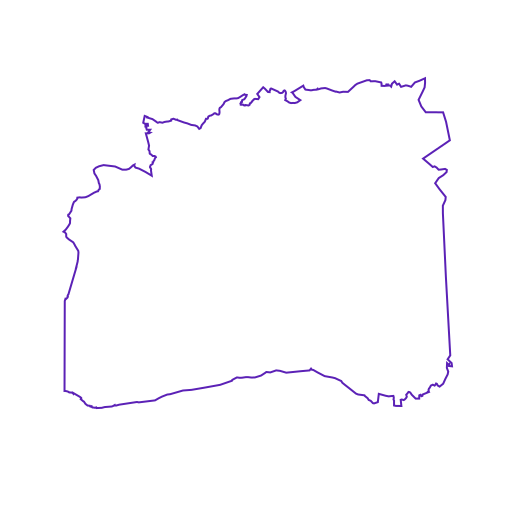 Copándaro, Michoacán, Mexico, rotated 173°
{"feature_id": "50627088B77447003325256", "entity_name": "Copándaro", "entity_type": "district", "adm_level": 2, "iso_a3": "MEX", "parent_name": "Mexico", "parent_adm1": "Michoacán", "projection": "orthographic", "projection_center": [-101.212, 19.917], "detail": "fine", "context": "isolated", "style": "outline", "palette": "violet", "viewbox_px": 512, "rotation_deg": 173, "n_neighbors": 0, "source": "geoboundaries", "source_scale": "gbopen_adm2", "svg_char_len": 6064}
<svg xmlns="http://www.w3.org/2000/svg" viewBox="0 0 512 512"><g transform="rotate(173 256 256)"><path d="M153.1,408.1L156.6,409.5L157.0,409.4L160.3,411.0L165.4,413.7L167.0,414.3L170.9,414.4L173.6,413.9L174.8,413.8L174.8,414.3L175.7,413.7L178.7,413.9L180.5,413.7L181.6,413.8L183.7,414.4L186.2,415.0L186.7,415.2L188.0,417.8L188.3,419.3L198.2,414.8L200.4,414.0L199.8,413.5L197.5,409.1L193.0,405.3L196.3,403.5L198.2,403.2L199.0,403.1L200.5,403.4L202.6,403.5L204.4,404.3L205.9,405.7L208.0,407.2L207.2,408.6L207.5,409.9L207.3,411.4L206.4,414.0L206.6,415.6L207.1,416.6L207.6,416.9L208.4,416.6L209.2,415.4L210.0,414.8L210.9,414.7L211.5,414.7L212.2,414.8L213.0,415.2L214.2,416.6L220.5,420.4L220.8,420.4L221.2,420.2L221.6,419.7L221.7,418.8L222.3,418.3L222.4,417.8L222.5,417.0L224.1,417.3L226.8,421.0L228.3,422.6L235.0,416.7L233.2,413.3L234.7,411.4L237.9,412.1L238.8,411.9L239.3,411.3L240.1,410.9L240.3,410.6L241.1,410.0L241.1,409.7L241.5,409.5L242.7,408.3L243.5,408.2L243.9,406.9L245.0,406.3L248.3,407.2L248.7,406.7L249.8,407.1L250.1,407.3L250.4,407.8L251.1,408.0L251.8,407.9L252.5,407.9L252.7,408.0L252.6,408.6L252.9,409.1L252.4,409.9L251.9,410.1L251.9,410.6L251.1,410.7L251.0,411.7L250.7,412.4L248.6,413.0L247.7,413.8L246.0,415.9L245.6,417.0L247.4,417.4L247.7,417.9L249.3,417.3L252.8,415.6L254.5,414.9L255.9,414.8L258.9,415.1L262.2,415.1L264.7,414.1L267.0,413.5L267.6,413.2L268.5,412.6L269.7,410.7L271.1,409.4L272.6,408.0L273.8,407.5L274.1,407.1L274.4,406.4L274.6,405.4L274.6,404.2L274.7,403.0L274.9,402.2L275.2,401.4L275.6,401.0L276.3,400.9L277.8,401.5L278.0,401.6L278.1,402.0L278.7,402.5L279.3,402.7L280.0,402.7L281.0,402.0L283.5,400.9L284.6,400.9L286.2,400.3L286.4,400.1L286.9,398.7L287.4,398.1L287.7,398.1L288.9,398.3L290.3,395.8L290.8,395.2L292.2,394.1L293.9,392.5L295.4,389.7L296.9,389.1L298.4,391.7L300.5,393.0L304.3,394.0L308.0,396.0L311.2,397.3L317.3,400.4L317.6,401.0L318.7,400.9L321.2,402.3L323.5,401.9L323.6,401.6L323.7,400.7L326.5,400.2L328.2,400.3L330.5,400.2L332.6,399.7L335.4,400.6L337.2,400.2L338.3,401.0L338.9,401.7L342.1,404.5L347.1,406.7L346.8,407.2L349.4,408.6L351.7,402.0L350.2,400.8L347.3,400.4L347.3,398.5L349.8,399.0L350.0,397.8L349.0,397.3L349.3,396.3L349.0,394.6L345.7,394.2L347.7,392.1L347.1,391.6L346.1,391.3L347.2,390.8L350.4,391.2L349.1,382.1L348.7,378.6L349.8,374.8L348.9,373.1L349.0,370.6L348.8,370.3L347.7,369.5L346.3,367.8L344.5,367.6L343.5,366.9L343.3,366.2L344.0,365.8L344.5,365.1L345.2,363.6L346.2,362.6L346.6,361.7L347.2,361.6L347.1,360.8L347.5,359.9L349.5,359.0L350.4,357.3L350.3,356.6L349.7,355.8L349.5,354.9L349.8,353.9L349.8,353.0L349.7,348.4L353.4,351.3L355.6,353.0L361.5,357.0L364.8,358.4L365.7,359.9L365.7,360.9L365.5,361.5L367.1,360.9L369.4,359.2L371.5,357.9L374.5,357.5L378.2,358.0L384.9,362.0L396.2,364.8L400.8,364.2L404.2,363.1L406.6,361.2L406.3,357.6L405.0,355.1L403.3,350.5L403.1,347.5L402.6,346.2L402.5,344.1L402.9,341.6L404.0,341.0L404.9,339.5L406.5,339.4L407.4,339.0L408.7,338.7L415.1,335.9L417.7,335.2L418.6,335.1L422.4,335.3L423.7,335.7L426.2,335.7L426.4,334.7L427.3,333.6L428.6,332.6L429.9,332.0L430.3,331.5L431.6,329.2L433.3,325.1L433.7,323.4L436.5,320.1L437.3,319.9L437.6,318.7L435.7,316.0L436.3,313.4L436.6,311.3L437.3,310.2L439.1,308.0L441.6,305.4L444.1,303.6L442.6,302.6L441.7,300.9L442.0,298.7L441.8,297.7L439.7,295.3L435.7,291.8L434.5,289.0L434.4,288.5L431.8,282.8L431.8,281.0L433.2,274.0L433.5,273.3L433.7,272.2L436.0,266.3L435.8,266.3L446.9,240.7L447.3,240.4L448.0,239.1L447.7,238.5L448.3,237.6L449.8,236.5L450.3,236.8L451.3,234.6L462.5,145.4L462.1,145.4L460.0,144.7L458.6,144.0L458.4,143.6L457.5,143.2L456.9,143.2L456.2,142.9L455.9,143.0L455.2,142.9L454.3,141.8L454.2,142.4L447.9,137.6L446.8,136.5L446.7,136.2L446.9,135.8L447.4,135.3L445.3,133.0L444.5,132.4L443.3,130.0L441.4,128.1L439.2,127.6L439.0,126.9L438.7,126.7L438.2,126.6L437.6,127.0L437.4,126.9L437.5,126.4L437.2,125.9L436.5,125.5L435.5,125.4L434.9,125.1L434.3,125.0L433.0,125.2L432.9,125.0L432.8,124.5L427.6,124.1L424.6,124.5L417.5,124.2L416.2,124.5L414.6,125.2L414.6,124.8L413.5,124.8L413.2,124.6L409.8,125.1L391.9,125.6L390.2,125.0L373.8,125.0L369.8,126.7L366.4,127.9L361.0,129.3L358.0,129.3L344.9,131.4L336.3,131.0L323.4,131.6L307.3,132.5L295.1,135.1L294.7,135.9L291.9,137.0L289.7,137.8L287.0,137.1L284.8,136.9L280.8,137.0L278.5,136.7L275.3,135.9L271.8,135.6L265.6,136.7L261.3,138.8L259.9,139.6L256.0,138.7L249.9,140.0L246.2,139.1L240.2,136.5L225.4,136.2L216.8,135.9L215.1,137.5L214.4,136.3L213.0,135.9L209.3,133.1L202.5,128.4L195.0,126.1L192.4,125.1L186.6,121.5L185.8,119.7L183.5,117.3L179.7,113.5L173.5,107.2L171.5,106.1L165.3,104.5L165.1,103.9L162.5,101.2L161.7,99.4L159.8,98.3L157.9,95.7L156.8,95.3L153.9,95.9L152.9,96.1L150.9,104.2L144.4,101.5L141.4,100.5L139.3,100.5L136.7,100.4L136.5,99.1L136.6,98.1L137.0,96.8L136.6,95.7L137.2,90.8L135.6,90.2L130.0,89.4L129.9,95.6L128.8,95.8L126.9,95.0L125.7,95.6L124.3,96.8L123.5,97.9L123.8,100.0L122.4,101.2L121.2,102.5L120.2,102.2L119.5,101.6L118.3,99.3L114.9,95.0L111.4,94.6L110.9,97.8L109.7,98.2L108.9,96.7L107.9,96.9L107.5,98.2L101.2,99.9L101.6,100.4L101.0,100.6L101.1,102.0L100.5,103.3L99.6,104.1L98.2,106.1L96.2,106.7L94.5,105.6L93.7,106.3L92.8,107.5L92.1,107.1L91.4,105.3L89.7,104.0L85.8,106.4L83.0,111.0L80.2,115.1L79.3,117.8L80.2,121.7L79.4,126.4L77.8,124.5L77.5,124.8L77.8,123.3L74.9,122.6L74.9,125.9L78.4,130.1L75.3,133.7L70.1,211.8L65.3,275.6L64.4,283.2L61.2,288.4L60.5,291.5L65.8,300.1L69.3,306.4L65.1,311.1L60.3,313.4L56.6,316.1L56.1,318.2L57.7,319.4L61.8,319.3L64.2,319.4L66.0,321.8L67.8,323.2L69.7,322.8L72.7,326.2L78.3,332.3L49.5,347.2L51.0,366.0L52.8,375.8L70.0,378.0L73.7,384.3L75.6,391.2L70.6,398.8L68.1,402.8L67.1,407.2L66.6,411.8L72.4,410.0L77.1,408.9L81.4,405.0L82.3,405.5L84.8,406.6L86.5,407.1L91.4,406.2L93.0,409.6L93.5,409.5L95.1,408.9L97.1,412.5L100.0,410.5L101.2,407.6L102.1,408.7L102.4,409.0L105.1,409.1L104.4,410.2L105.7,410.4L106.3,409.2L107.5,409.1L110.6,409.6L110.4,412.0L110.6,413.0L116.4,415.0L120.8,415.4L121.8,416.7L124.6,416.9L134.4,414.7L136.6,413.6L138.7,412.0L144.7,407.7L149.5,408.4L153.1,408.1Z" fill="none" stroke="#5b21b6" stroke-width="2"/></g></svg>